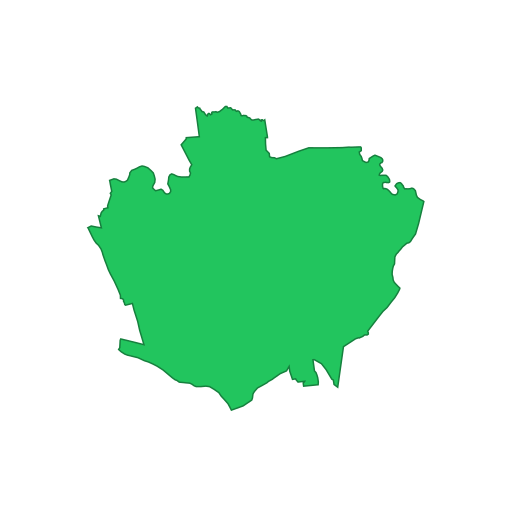 the district of Barsa, Arad, Romania, rotated 322°
{"feature_id": "2599482B4911950613954", "entity_name": "Barsa", "entity_type": "district", "adm_level": 2, "iso_a3": "ROU", "parent_name": "Romania", "parent_adm1": "Arad", "projection": "albers", "projection_center": [22.056, 46.377], "detail": "fine", "context": "isolated", "style": "filled", "palette": "green", "viewbox_px": 512, "rotation_deg": 322, "n_neighbors": 0, "source": "geoboundaries", "source_scale": "gbopen_adm2", "svg_char_len": 5380}
<svg xmlns="http://www.w3.org/2000/svg" viewBox="0 0 512 512"><g transform="rotate(322 256 256)"><path d="M421.8,316.4L421.6,315.5L420.2,312.5L419.3,309.2L419.8,306.9L421.8,302.7L421.7,300.7L421.4,299.6L420.6,298.5L420.2,298.3L419.7,298.1L419.2,298.0L418.3,297.5L417.5,297.0L415.9,295.7L415.2,295.1L414.5,294.6L414.6,293.5L414.6,292.5L415.1,291.9L415.2,291.0L415.1,289.7L415.2,288.8L415.0,287.5L414.7,286.9L414.0,286.4L413.1,286.0L412.0,285.7L411.1,285.7L410.1,286.0L408.7,286.4L408.6,287.2L408.8,288.6L408.7,290.2L408.6,291.4L407.6,292.6L406.6,293.3L405.6,293.9L405.1,293.9L404.5,293.8L403.5,293.7L403.0,293.4L402.6,292.8L401.6,291.7L401.2,290.5L401.1,289.5L401.1,288.4L401.0,286.8L400.8,285.6L400.5,284.2L400.0,283.3L399.7,282.9L399.0,282.0L398.0,281.7L397.8,280.9L398.4,279.7L398.6,278.9L399.2,278.3L399.8,277.4L400.7,276.7L401.7,276.6L402.8,277.3L403.7,277.8L404.1,278.5L404.8,279.1L405.5,279.7L406.5,280.0L407.0,279.9L407.7,278.9L408.3,277.8L408.5,275.9L408.6,274.5L408.2,272.6L407.5,271.9L406.4,271.1L404.9,269.9L403.5,269.1L402.9,268.1L404.2,267.2L405.3,267.0L407.5,267.0L408.8,266.3L409.4,264.5L409.3,262.3L409.4,260.6L410.0,259.8L411.9,259.5L412.7,259.9L414.1,259.4L415.0,258.4L415.3,257.1L415.0,255.4L413.9,253.4L411.8,249.8L409.6,249.3L407.3,249.1L405.3,248.9L403.7,250.4L402.2,251.0L400.3,250.1L399.4,248.3L398.6,246.3L399.6,244.2L400.2,242.3L400.3,239.7L401.4,237.6L403.8,237.8L405.5,235.6L405.6,234.5L404.1,233.3L398.1,229.0L396.1,227.3L390.7,223.7L378.5,214.5L364.1,203.2L354.0,199.7L340.2,195.5L331.9,191.9L331.1,190.0L329.0,188.2L327.8,186.2L329.6,183.3L329.1,178.8L332.5,173.6L336.3,168.5L337.9,169.8L338.4,169.1L346.7,154.1L345.6,154.1L344.9,153.5L344.9,152.6L344.0,152.0L343.2,152.9L342.7,152.1L342.5,150.4L342.2,149.6L340.9,148.9L339.5,148.1L338.1,147.5L337.3,147.0L336.5,146.3L336.2,145.5L336.1,144.4L336.1,143.5L335.5,142.5L334.5,141.3L334.8,140.3L334.5,139.2L333.6,138.4L332.7,137.5L331.6,137.1L330.7,136.3L331.3,134.8L331.7,132.0L331.6,131.5L331.4,131.0L331.0,130.4L329.6,129.9L329.5,128.0L327.5,126.4L327.3,123.6L324.9,122.1L325.1,120.2L323.9,119.3L322.0,119.5L319.8,119.8L318.8,119.7L317.9,119.7L315.9,119.7L314.6,119.1L313.8,118.9L313.3,117.6L312.4,117.2L311.4,116.5L310.6,115.8L309.7,115.6L309.2,116.0L308.8,116.9L307.9,116.9L307.1,116.7L307.1,115.5L306.7,114.6L305.4,114.5L304.3,115.3L303.7,115.6L303.4,114.7L303.3,112.8L303.5,110.3L302.3,108.9L302.6,107.7L302.3,106.4L302.7,104.9L301.7,103.8L301.6,102.4L300.3,102.4L299.3,102.3L292.1,114.7L284.8,127.1L273.9,119.8L273.0,120.8L265.5,122.3L262.3,139.3L261.6,144.5L258.8,145.6L257.2,146.6L255.9,148.3L255.5,150.3L253.7,151.7L251.8,152.4L245.9,147.9L243.3,145.2L242.2,143.2L241.4,141.4L240.1,139.4L238.2,139.1L235.9,140.1L233.9,142.2L230.9,144.9L230.4,147.8L229.5,151.3L228.4,152.7L226.3,153.4L224.8,152.9L223.5,152.0L222.8,149.9L223.0,146.9L222.3,144.9L220.3,144.2L217.1,142.8L216.7,141.3L216.4,138.7L217.8,137.3L221.5,135.7L223.8,133.3L225.2,130.2L226.2,127.3L225.9,124.4L225.1,119.9L223.1,116.6L221.6,114.9L219.1,114.0L216.5,113.6L213.9,113.0L210.7,112.0L209.4,112.4L207.8,112.8L206.5,114.2L204.4,115.5L201.4,117.1L199.8,117.1L197.7,116.6L196.0,115.0L194.8,112.7L193.2,109.4L191.5,107.7L187.2,106.3L186.8,107.2L185.3,110.0L182.1,116.3L179.8,116.9L179.5,118.7L174.4,122.1L170.1,125.0L169.2,126.2L169.0,126.8L165.0,125.1L164.2,126.1L162.4,126.1L160.5,126.7L157.7,128.9L156.6,127.3L151.5,138.6L148.2,135.1L144.6,130.9L140.9,130.2L140.9,130.7L138.9,139.8L138.2,143.7L138.0,147.5L138.4,149.8L138.5,150.9L138.2,155.0L137.2,158.4L136.2,160.7L134.1,166.8L132.9,170.8L131.2,176.0L130.2,180.5L128.9,188.3L126.7,197.6L125.0,203.4L123.1,206.0L124.0,206.9L124.4,207.4L124.6,208.0L124.5,209.2L123.6,210.4L123.6,211.4L123.3,212.2L122.7,213.4L122.9,214.4L129.4,217.3L126.6,223.6L122.5,234.7L118.6,242.9L113.1,256.9L101.7,242.3L100.7,241.1L99.4,239.4L98.3,238.1L97.0,238.9L92.2,244.4L91.0,244.8L90.2,245.1L90.5,246.8L90.8,248.5L91.5,250.5L92.2,252.5L93.7,255.0L100.4,263.5L103.6,269.8L106.0,273.3L108.2,277.5L110.2,281.8L112.6,288.6L114.1,295.8L115.1,300.5L116.1,303.9L117.0,305.2L117.5,306.9L117.8,308.0L118.3,308.6L119.7,309.9L121.6,311.7L122.6,312.7L125.5,315.4L126.5,317.3L127.4,320.3L128.5,322.1L131.9,324.8L136.4,327.7L139.0,330.4L140.9,335.3L142.6,340.8L142.3,345.0L142.5,347.5L142.6,348.3L143.0,355.1L142.4,358.7L141.7,362.3L153.6,366.2L164.0,366.9L165.8,365.7L168.5,363.0L169.9,362.3L171.8,361.7L176.0,360.9L180.6,361.7L186.6,362.6L188.6,362.5L192.9,363.2L194.6,363.2L202.6,363.6L209.3,365.3L214.1,363.4L211.6,367.7L211.0,369.4L208.8,375.7L211.6,377.2L211.4,378.0L211.5,381.2L217.3,384.7L216.7,385.0L215.2,385.0L214.6,385.8L213.4,387.9L225.7,395.7L227.6,393.6L229.7,389.9L230.7,387.4L231.5,384.8L231.3,382.6L237.0,372.8L238.1,373.5L241.3,381.2L241.3,388.7L239.9,399.7L240.6,401.3L238.4,405.3L239.6,409.7L269.1,381.3L283.4,382.5L286.4,383.5L286.8,384.1L290.7,385.1L292.8,385.0L294.0,385.8L294.9,386.6L296.4,386.7L297.2,385.7L297.7,384.0L314.6,379.6L321.9,377.8L327.5,377.3L334.3,375.5L339.6,374.3L344.8,372.4L348.5,370.7L349.6,369.9L349.2,367.2L348.8,363.1L348.8,361.4L349.3,359.4L350.7,357.1L352.0,354.2L354.1,351.8L356.3,349.8L358.0,348.5L360.3,347.5L362.7,344.7L364.9,342.2L367.7,340.9L370.1,340.6L371.9,340.1L374.0,339.8L377.0,339.0L380.2,338.9L382.8,338.8L384.6,339.7L386.6,339.7L389.3,338.7L391.1,338.1L395.2,336.9L404.0,330.6L421.8,316.4Z" fill="#22c55e" stroke="#15803d" stroke-width="1.5"/></g></svg>